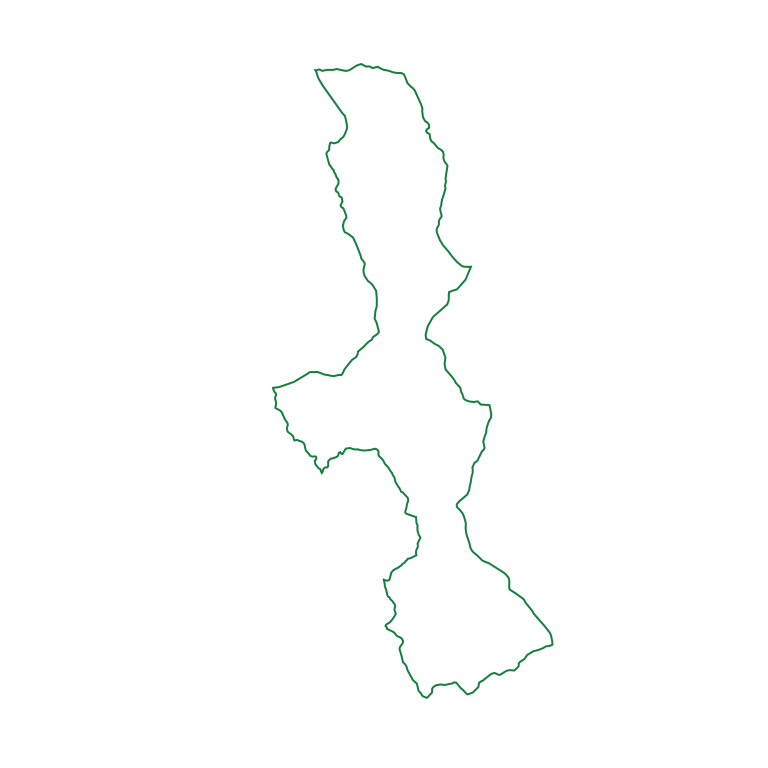 outline of Geling, Chhukha, Bhutan, rotated 347°
{"feature_id": "84629894B86670310826979", "entity_name": "Geling", "entity_type": "district", "adm_level": 2, "iso_a3": "BTN", "parent_name": "Bhutan", "parent_adm1": "Chhukha", "projection": "mercator", "projection_center": [89.474, 27.025], "detail": "fine", "context": "isolated", "style": "outline", "palette": "green", "viewbox_px": 768, "rotation_deg": 347, "n_neighbors": 0, "source": "geoboundaries", "source_scale": "gbopen_adm2", "svg_char_len": 6134}
<svg xmlns="http://www.w3.org/2000/svg" viewBox="0 0 768 768"><g transform="rotate(347 384 384)"><path d="M487.8,207.6L488.1,204.6L488.5,203.4L489.8,201.1L490.3,197.3L494.9,185.7L494.7,184.6L493.4,181.9L492.8,179.4L492.7,177.4L493.0,175.9L493.6,174.7L493.8,171.1L492.3,168.7L489.6,166.2L486.9,160.7L484.9,158.2L484.2,155.2L484.7,150.8L482.5,148.8L481.9,146.9L482.9,145.7L485.7,144.4L486.1,141.4L485.1,139.0L483.2,137.1L482.0,132.9L482.6,126.6L483.4,124.4L483.1,120.4L480.0,104.9L478.6,102.1L477.2,100.5L474.6,96.2L473.2,86.9L470.8,84.9L465.6,83.5L462.5,82.1L459.2,79.9L454.0,77.6L450.6,74.9L449.3,73.5L444.4,73.6L443.6,73.4L441.8,71.6L440.7,71.1L438.0,70.7L433.7,67.1L429.1,67.5L421.9,70.1L419.9,70.5L418.4,70.5L416.5,70.1L408.6,66.4L405.3,66.5L399.1,65.1L394.3,65.0L391.9,63.1L391.0,62.9L388.5,63.1L387.7,62.8L388.4,65.2L388.4,67.5L388.9,71.6L391.3,79.2L404.2,110.4L406.3,114.1L406.3,118.9L406.0,125.1L404.7,128.0L401.7,132.2L399.7,134.2L396.1,136.0L393.9,137.9L389.9,138.4L386.7,136.8L385.8,136.9L384.0,140.5L383.5,142.8L383.0,143.8L380.8,145.1L380.0,146.0L379.6,147.3L380.1,158.2L380.9,159.4L382.0,162.6L383.0,164.2L383.1,166.4L383.9,168.6L384.4,172.5L385.3,173.8L385.4,176.3L384.8,178.1L384.1,179.2L380.9,182.7L380.6,183.6L380.6,184.8L381.0,185.9L382.1,186.8L382.5,187.9L382.6,190.4L382.8,190.9L383.5,191.8L384.2,192.2L384.7,192.7L384.6,196.9L382.0,199.9L381.9,200.7L382.3,202.0L383.8,203.6L384.1,204.7L385.1,211.4L384.7,213.7L381.7,216.3L379.5,220.6L379.4,224.8L379.8,227.0L383.2,230.0L386.8,234.3L388.3,241.3L390.0,252.7L390.2,256.8L391.4,259.3L392.4,262.5L389.6,268.3L389.2,270.9L389.4,274.2L391.5,279.9L393.9,282.9L395.3,285.3L397.3,291.6L396.1,299.7L394.4,306.7L392.1,310.9L389.6,318.2L390.6,322.9L390.8,331.4L390.7,332.1L388.8,333.9L384.0,335.7L382.0,338.2L379.0,339.1L375.0,341.5L372.7,343.1L366.0,346.5L364.9,349.1L363.4,351.0L361.9,351.9L358.3,353.3L355.9,355.1L348.8,360.8L346.6,363.7L344.7,365.6L341.2,365.0L337.3,365.1L334.1,364.1L331.2,362.5L328.6,361.7L322.1,357.4L314.4,355.7L311.7,356.8L296.9,361.7L281.3,363.4L275.0,362.8L275.0,364.6L275.6,367.4L276.5,368.7L276.4,370.3L274.6,373.2L274.7,378.4L273.1,381.8L272.9,383.1L276.4,386.0L278.0,388.3L279.3,395.0L280.0,397.5L281.1,400.0L281.2,401.1L280.9,402.6L279.3,405.4L279.3,407.8L279.7,409.2L282.0,411.9L283.7,414.6L283.8,418.2L284.0,418.8L287.1,419.0L288.3,420.2L291.1,421.8L292.3,423.2L292.9,425.0L292.8,430.9L294.5,434.0L296.0,437.4L298.0,438.7L300.6,439.0L301.3,439.5L301.3,441.4L300.7,442.3L299.2,443.4L299.1,446.3L299.2,447.1L301.3,451.4L302.8,452.7L302.9,454.7L303.4,456.7L304.6,455.5L305.3,453.9L307.0,452.3L308.0,452.1L310.0,452.5L311.0,451.6L311.7,449.3L311.9,447.7L312.6,446.4L313.8,445.5L315.5,444.8L318.4,444.8L321.5,444.4L323.0,443.6L323.8,442.6L324.4,441.0L326.0,440.6L326.8,442.4L327.8,442.9L332.2,438.4L336.4,438.7L339.6,440.7L341.9,441.5L343.8,441.7L345.4,442.8L348.2,443.9L350.4,444.5L356.1,445.2L360.4,445.0L361.2,445.3L362.1,445.9L363.3,447.6L363.4,449.1L362.8,450.9L362.7,452.6L365.8,457.7L367.0,462.1L369.3,466.1L371.0,471.0L371.8,472.5L372.1,474.9L373.1,477.3L373.1,482.0L374.9,487.6L375.6,488.8L376.5,492.9L377.7,493.6L381.3,499.7L381.6,500.9L381.5,502.9L379.3,506.4L377.8,510.1L376.4,512.3L375.9,513.8L375.9,514.7L377.3,515.9L385.4,521.0L384.8,523.6L384.4,527.2L384.9,529.6L384.2,531.3L384.0,533.0L383.6,534.4L383.9,538.6L384.8,541.3L384.8,542.0L380.9,546.9L380.4,550.2L377.9,553.5L377.5,554.6L377.1,556.2L377.1,558.1L370.5,559.7L368.0,559.6L366.4,560.9L365.6,561.1L364.0,562.6L362.1,563.2L359.8,564.8L356.2,566.2L353.6,566.8L351.0,567.7L348.8,569.3L345.2,576.0L343.7,576.4L342.3,576.2L339.8,574.6L339.6,575.3L339.8,577.2L339.6,580.0L339.3,581.4L339.9,585.2L339.7,589.6L340.1,592.0L341.5,593.3L341.7,595.0L343.0,596.8L344.9,601.3L344.9,603.0L343.4,606.3L343.8,610.5L342.2,612.4L338.9,615.5L336.1,617.5L331.9,618.9L331.0,620.1L331.8,621.3L332.0,622.8L331.8,623.3L337.1,627.5L338.8,629.7L338.9,630.8L340.4,632.9L342.2,634.1L344.1,636.1L344.8,639.1L343.8,640.8L340.3,644.0L339.5,645.6L339.9,652.6L339.9,659.2L341.9,662.7L342.4,664.9L342.6,668.4L345.5,678.7L347.4,681.7L348.6,683.2L348.7,690.7L350.3,693.5L351.0,695.9L351.6,696.9L354.8,699.3L355.6,699.3L356.2,699.0L359.2,696.8L360.6,696.1L361.3,695.4L362.0,693.5L362.3,691.8L363.8,690.4L367.1,689.2L371.9,689.6L375.3,690.9L383.2,691.1L385.3,690.5L387.2,691.2L390.7,698.2L391.7,699.1L392.5,700.5L394.4,704.0L395.6,705.2L400.9,704.7L407.8,700.5L409.0,697.4L409.7,696.4L412.5,695.3L413.8,695.3L414.9,694.5L423.0,690.7L426.6,690.3L430.5,693.3L431.6,693.5L438.9,691.0L442.4,691.1L446.4,692.5L450.2,690.4L451.8,689.1L452.5,686.5L454.2,685.3L459.1,683.5L462.6,680.2L469.4,678.0L475.4,677.8L479.6,677.1L482.5,676.1L486.9,676.4L489.5,675.9L490.0,673.0L490.2,666.7L489.6,663.6L485.9,655.7L478.0,641.1L477.8,639.3L472.9,629.2L471.7,625.1L465.0,617.4L460.1,612.5L460.3,610.0L461.8,604.1L461.8,600.6L460.0,597.2L458.3,594.8L446.0,582.3L442.1,579.7L440.0,578.0L436.3,572.0L433.2,568.0L432.3,566.4L431.4,563.2L431.4,557.9L430.7,551.6L430.6,548.1L431.0,543.2L432.4,538.2L432.3,533.7L432.0,530.2L431.3,527.2L428.8,522.4L427.6,520.7L427.6,518.6L427.9,517.5L431.4,514.9L435.2,513.1L440.3,510.3L443.1,506.6L444.5,503.0L446.2,499.7L448.3,494.4L450.4,490.5L451.2,487.4L451.4,485.2L454.2,481.4L457.9,479.6L464.1,471.8L466.6,470.4L467.6,468.8L467.8,462.3L470.0,458.3L472.6,454.4L474.0,450.2L475.4,447.7L478.0,443.6L480.6,441.0L481.7,437.6L482.0,432.5L482.0,428.3L473.7,425.8L471.4,422.0L469.6,421.8L467.8,421.9L463.4,420.3L460.3,418.4L458.4,416.3L458.1,411.6L457.4,409.1L457.5,404.7L454.2,399.1L453.5,396.1L451.3,391.2L447.3,383.8L447.5,378.1L449.8,372.1L448.9,363.7L445.9,359.2L442.5,356.3L438.4,351.7L435.2,349.6L435.6,345.6L438.0,340.6L439.8,337.4L446.8,329.7L463.5,320.7L466.0,316.8L467.1,312.0L468.1,309.1L471.1,308.6L476.4,308.2L486.9,300.7L495.1,289.3L491.9,288.7L488.1,287.6L486.1,286.2L482.4,281.2L478.8,274.6L476.7,269.5L472.9,262.4L470.9,256.6L469.6,248.4L469.9,245.6L470.9,243.9L472.6,242.1L473.4,240.8L474.2,237.3L475.6,235.7L477.7,233.9L478.0,232.5L477.9,227.7L478.1,225.7L479.9,222.8L480.4,221.9L480.4,221.1L482.4,216.8L484.2,214.0L487.8,207.6Z" fill="none" stroke="#15803d" stroke-width="2"/></g></svg>